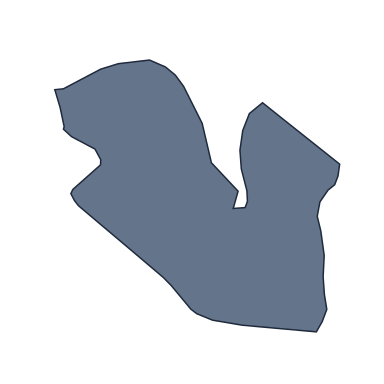 outline of Djibouti, rotated 279°
{"feature_id": "DJI", "entity_name": "Djibouti", "entity_type": "country or territory", "adm_level": 0, "iso_a3": "DJI", "parent_name": "Africa", "parent_adm1": "", "projection": "robinson", "projection_center": [42.635, 11.825], "detail": "fine", "context": "isolated", "style": "filled", "palette": "slate", "viewbox_px": 384, "rotation_deg": 279, "n_neighbors": 0, "source": "natural_earth", "source_scale": "50m", "svg_char_len": 819}
<svg xmlns="http://www.w3.org/2000/svg" viewBox="0 0 384 384"><g transform="rotate(279 192 192)"><path d="M291.2,247.7L278.1,270.7L261.5,300.1L242.6,333.5L230.7,333.7L221.5,331.8L215.2,326.1L202.2,319.9L187.6,319.5L173.7,325.3L150.0,332.5L128.7,334.8L111.5,338.8L97.2,343.5L84.4,340.9L73.3,336.7L70.9,301.2L68.3,262.6L68.6,232.4L72.5,215.8L76.0,209.3L96.2,186.3L103.1,177.0L126.2,139.0L145.9,106.4L160.7,82.0L165.2,77.2L171.4,72.6L175.9,73.9L204.5,97.4L209.6,96.8L219.2,89.5L227.8,64.4L233.9,55.2L236.6,55.5L254.9,48.5L271.6,40.5L273.8,48.8L299.0,82.5L307.2,99.1L315.7,129.4L311.3,146.3L304.8,157.3L295.0,167.2L261.4,191.3L223.9,206.6L200.0,237.4L182.2,235.3L184.9,246.9L191.5,248.2L201.9,246.0L222.5,237.1L240.8,232.8L260.6,232.5L278.5,236.4L291.2,247.7Z" fill="#64748b" stroke="#1e293b" stroke-width="1.5"/></g></svg>